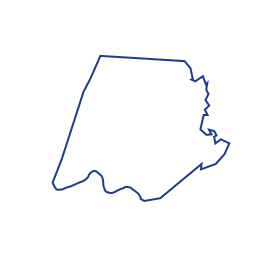 the district of Breckinridge, Kentucky, United States of America, rotated 248°
{"feature_id": "52423323B22001446499183", "entity_name": "Breckinridge", "entity_type": "district", "adm_level": 2, "iso_a3": "USA", "parent_name": "United States of America", "parent_adm1": "Kentucky", "projection": "mercator", "projection_center": [-86.516, 37.802], "detail": "fine", "context": "isolated", "style": "outline", "palette": "blue", "viewbox_px": 256, "rotation_deg": 248, "n_neighbors": 0, "source": "geoboundaries", "source_scale": "gbopen_adm2", "svg_char_len": 1111}
<svg xmlns="http://www.w3.org/2000/svg" viewBox="0 0 256 256"><g transform="rotate(248 128 128)"><path d="M105.7,37.7L103.0,37.7L99.5,38.2L97.9,38.8L97.3,39.4L96.6,40.5L95.7,44.3L95.8,47.8L95.7,49.9L95.4,52.1L95.4,55.3L95.7,61.5L95.6,66.5L96.0,68.8L97.0,71.6L97.5,72.6L99.3,74.4L100.2,76.1L100.9,78.3L101.0,80.5L100.7,81.2L99.7,82.2L97.3,83.6L94.7,85.0L93.0,85.6L91.0,85.6L88.8,85.2L83.6,83.6L79.4,83.3L77.6,83.6L77.0,84.0L74.8,86.6L74.1,87.8L73.7,89.4L73.6,91.4L74.2,97.6L74.2,99.1L73.8,101.2L74.4,102.5L74.4,102.9L74.2,104.0L72.3,107.4L71.0,108.4L69.2,109.4L66.1,111.4L63.6,112.7L62.5,113.1L59.6,113.6L58.3,113.5L57.5,113.2L54.3,115.7L50.8,131.6L67.1,182.7L62.3,180.2L61.8,196.0L67.7,207.8L75.8,216.2L82.7,209.9L81.0,203.2L87.6,204.6L87.9,207.3L92.8,206.8L96.1,202.5L90.8,203.0L92.3,198.1L99.6,194.6L111.7,203.1L110.3,206.6L116.2,206.1L118.4,211.7L124.9,210.3L129.4,215.4L134.3,214.9L139.9,218.3L139.1,216.6L148.0,216.8L146.1,207.9L149.1,205.0L149.2,206.4L159.9,208.3L168.8,205.5L195.9,148.9L205.2,129.4L188.2,112.0L178.3,100.4L123.7,54.7L105.7,37.7Z" fill="none" stroke="#1e3a8a" stroke-width="2"/></g></svg>